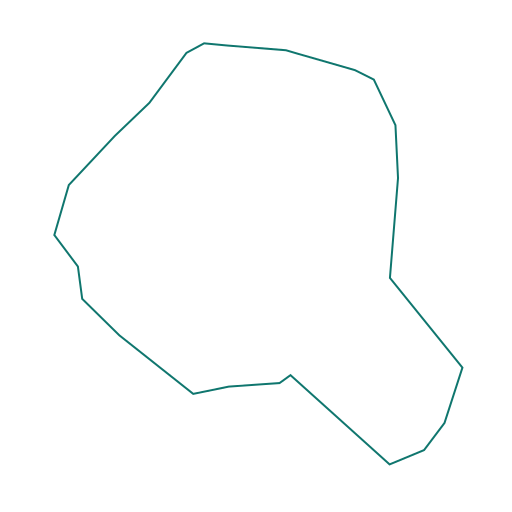 Banks, Georgia, United States of America, rotated 357°
{"feature_id": "52423323B95663271453057", "entity_name": "Banks", "entity_type": "district", "adm_level": 2, "iso_a3": "USA", "parent_name": "United States of America", "parent_adm1": "Georgia", "projection": "albers", "projection_center": [-83.504, 34.345], "detail": "fine", "context": "isolated", "style": "outline", "palette": "teal", "viewbox_px": 512, "rotation_deg": 357, "n_neighbors": 0, "source": "geoboundaries", "source_scale": "gbopen_adm2", "svg_char_len": 466}
<svg xmlns="http://www.w3.org/2000/svg" viewBox="0 0 512 512"><g transform="rotate(357 256 256)"><path d="M121.4,128.6L72.8,175.3L55.7,224.5L77.6,257.2L80.2,289.7L115.4,328.1L186.1,390.4L222.0,385.0L272.9,384.1L284.2,376.8L378.5,471.1L413.7,458.6L435.5,432.6L456.3,378.3L388.6,284.9L401.9,185.6L402.1,132.7L382.9,86.0L364.6,75.6L308.9,56.4L296.7,52.1L238.3,44.3L215.3,40.9L197.2,49.5L157.5,97.5L121.4,128.6Z" fill="none" stroke="#0f766e" stroke-width="2"/></g></svg>